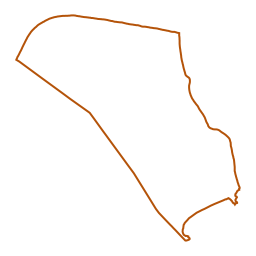 Qishn, Al Mahrah, Yemen
{"feature_id": "15242507B46563890594581", "entity_name": "Qishn", "entity_type": "district", "adm_level": 2, "iso_a3": "YEM", "parent_name": "Yemen", "parent_adm1": "Al Mahrah", "projection": "equal_earth", "projection_center": [51.542, 15.673], "detail": "fine", "context": "isolated", "style": "outline", "palette": "amber", "viewbox_px": 256, "rotation_deg": 0, "n_neighbors": 0, "source": "geoboundaries", "source_scale": "gbopen_adm2", "svg_char_len": 5633}
<svg xmlns="http://www.w3.org/2000/svg" viewBox="0 0 256 256"><path d="M16.3,59.8L19.2,61.5L41.5,77.9L62.2,93.0L69.9,98.7L87.9,111.5L89.7,112.8L94.1,118.8L103.2,131.4L106.3,135.6L110.3,141.1L128.5,166.0L133.8,173.2L147.7,195.6L155.9,208.9L158.9,212.9L165.9,220.3L170.9,225.5L171.1,225.6L173.6,228.3L175.3,230.0L180.0,235.0L182.4,237.5L185.3,240.5L186.0,240.6L186.9,240.4L187.8,240.1L188.7,239.8L189.4,239.3L189.7,238.9L189.4,238.0L188.3,237.3L188.3,236.4L187.5,236.1L186.6,235.9L185.7,236.0L184.4,235.2L183.7,234.7L183.1,233.4L182.8,232.5L182.6,231.7L182.7,230.6L182.7,229.9L182.8,229.3L183.2,228.5L183.4,226.8L183.7,224.8L184.2,224.1L184.6,223.2L185.5,222.1L187.3,220.2L189.0,218.2L190.6,217.1L193.9,214.7L196.7,212.7L199.5,211.3L202.0,210.0L204.5,208.9L208.2,207.0L210.9,205.6L214.7,203.9L223.4,200.3L225.5,199.3L226.3,199.3L227.4,198.7L228.4,198.5L228.5,198.2L228.8,198.3L229.0,198.5L229.3,198.8L229.7,198.9L230.3,199.5L230.8,199.8L231.2,200.5L231.5,200.7L231.9,201.0L232.3,201.6L232.4,202.0L232.7,202.5L233.4,203.2L233.8,203.1L234.2,203.4L234.5,203.8L234.9,204.5L235.4,203.7L235.5,203.4L236.5,203.2L236.9,203.1L237.1,203.0L237.1,202.5L236.7,201.9L236.2,201.7L235.9,201.4L235.6,201.0L235.4,199.9L236.3,198.2L236.5,197.9L236.9,197.4L236.7,196.7L236.0,196.4L235.6,196.0L235.3,195.8L235.3,194.7L235.6,193.7L235.9,193.6L236.3,192.9L236.5,192.6L236.8,192.1L237.0,191.4L237.4,191.0L237.6,190.8L238.0,190.6L238.2,190.4L238.4,190.1L238.8,190.0L239.3,189.8L239.2,189.3L239.1,188.6L239.7,188.0L239.6,187.5L239.3,186.6L238.8,185.6L238.4,184.5L238.2,183.6L237.8,182.7L237.5,181.7L237.3,180.7L237.0,179.8L236.7,178.9L236.4,177.7L236.1,176.8L235.9,175.9L235.4,174.1L235.2,173.1L235.0,172.0L234.7,171.1L234.7,170.1L234.7,169.0L234.7,167.9L234.7,167.0L234.6,166.0L234.5,165.0L234.4,164.0L234.3,162.9L234.2,161.9L234.1,160.9L234.0,160.0L233.8,159.0L233.4,157.9L233.3,156.9L233.0,155.9L232.7,154.9L232.1,152.1L232.0,151.1L231.8,149.8L231.6,148.9L231.4,147.9L231.1,146.9L230.8,145.9L230.8,144.9L230.7,143.9L230.7,142.9L230.4,141.9L230.1,140.9L229.9,140.0L229.6,139.1L229.1,138.3L228.5,137.6L227.8,136.9L227.2,136.3L226.6,135.8L225.9,135.1L225.2,134.6L224.6,134.1L223.8,133.6L223.1,133.1L222.3,132.7L221.6,132.1L220.9,131.7L220.3,131.2L219.6,130.6L218.8,130.1L218.1,129.8L217.0,129.5L216.3,129.4L215.5,129.4L214.8,129.4L213.9,129.3L213.0,129.2L212.3,128.9L211.6,128.6L210.9,128.4L210.2,128.0L209.5,127.6L208.9,126.9L208.3,126.1L208.0,125.1L207.7,124.2L207.2,123.4L206.7,122.5L206.2,121.5L205.9,120.5L205.5,119.5L205.2,118.6L204.8,117.6L204.4,116.8L203.9,116.0L203.4,115.1L202.9,114.2L202.4,113.6L202.2,113.3L201.8,112.7L201.2,111.9L200.6,111.0L200.0,110.2L199.5,109.4L199.0,108.6L198.5,107.5L198.0,106.6L197.6,105.9L196.9,105.1L196.3,104.4L195.7,103.6L195.2,102.9L194.6,102.1L194.0,101.4L193.5,100.5L193.0,99.7L192.4,98.9L191.9,98.0L191.5,97.1L191.1,96.1L190.7,95.3L190.4,94.2L190.0,93.1L189.7,92.0L189.5,90.9L189.3,89.9L189.2,88.8L189.1,87.8L189.1,86.8L189.1,85.7L189.3,84.8L189.5,83.9L189.8,82.8L189.9,81.7L189.9,80.7L189.8,79.4L189.4,78.4L188.9,77.7L188.2,77.2L187.4,76.7L186.7,76.1L186.0,75.5L185.5,74.7L185.2,73.6L185.0,72.7L184.7,71.7L184.4,70.8L184.2,69.9L183.9,69.0L183.6,67.9L183.4,67.0L183.2,66.0L183.0,64.9L182.7,64.0L182.5,63.0L182.2,61.8L181.9,60.7L181.7,59.7L181.5,58.5L181.3,57.5L181.2,56.4L181.1,55.3L180.9,54.2L180.8,53.2L180.6,52.1L180.4,50.8L180.3,49.8L180.1,48.6L179.9,47.2L179.8,46.2L179.7,45.0L179.6,43.8L179.6,42.6L179.6,41.5L179.6,40.3L179.5,39.3L179.5,38.2L179.4,36.8L179.2,35.8L179.2,34.7L179.2,33.6L179.2,33.1L178.2,32.9L177.1,32.7L176.4,32.4L175.6,32.2L174.7,31.9L173.9,31.9L173.1,31.9L172.2,31.8L171.3,31.7L170.2,31.4L168.9,31.0L168.1,30.8L167.2,30.7L166.3,30.5L165.4,30.3L164.3,30.1L163.3,29.9L162.4,29.8L161.4,29.5L160.7,29.4L159.8,29.1L159.0,29.0L158.0,28.7L157.2,28.5L156.5,28.4L155.6,28.3L154.8,28.2L154.0,28.2L153.1,28.0L151.8,27.8L150.9,27.7L150.0,27.6L149.0,27.3L147.5,27.1L146.6,26.9L145.8,26.8L145.1,26.7L144.2,26.7L143.3,26.7L142.4,26.6L141.5,26.4L140.7,26.1L140.0,25.8L139.2,25.6L138.3,25.3L137.5,25.2L136.4,25.2L134.6,24.9L133.7,24.8L133.0,24.6L131.9,24.5L130.9,24.4L129.6,24.2L128.9,24.1L127.9,23.8L126.9,23.7L126.1,23.5L125.3,23.3L124.4,23.1L123.7,22.9L122.9,22.7L121.9,22.4L121.0,22.4L120.0,22.3L119.6,22.3L119.0,22.2L118.0,22.1L117.0,22.0L116.2,21.8L115.4,21.8L114.5,21.7L113.9,21.5L113.5,21.4L112.1,21.0L111.3,21.0L110.5,20.8L109.7,20.6L108.8,20.4L107.8,20.1L106.9,19.9L106.1,19.8L105.2,19.6L104.4,19.5L103.5,19.4L102.7,19.3L101.9,19.3L100.9,19.1L100.0,19.1L99.0,19.0L98.2,19.0L97.3,18.8L96.3,18.6L95.4,18.5L94.2,18.3L93.2,18.1L92.3,18.0L91.2,18.0L90.3,17.7L89.2,17.7L88.4,17.5L87.4,17.4L86.5,17.3L86.1,17.2L85.7,17.2L84.4,17.1L83.5,17.0L82.5,16.8L81.6,16.7L80.8,16.5L80.0,16.4L79.2,16.2L78.4,16.2L77.5,16.0L76.6,15.9L75.6,15.6L74.8,15.5L73.6,15.4L72.7,15.4L71.7,15.4L70.6,15.5L70.0,15.6L69.3,15.7L68.5,15.7L67.5,15.8L65.6,15.8L64.2,15.9L62.6,15.9L61.8,16.0L60.9,16.1L60.2,16.2L59.3,16.3L58.6,16.4L57.6,16.5L56.5,16.8L55.7,16.9L54.9,17.1L54.1,17.2L53.4,17.5L52.5,17.7L51.6,18.0L50.7,18.3L49.7,18.6L48.6,19.1L47.7,19.6L46.6,20.1L45.8,20.5L44.7,21.1L43.9,21.7L43.0,22.0L42.3,22.5L41.5,22.9L40.7,23.4L40.0,23.8L39.3,24.2L38.4,24.8L37.6,25.4L36.8,26.2L36.1,26.9L35.3,27.5L34.6,28.1L34.0,28.7L33.9,28.9L33.3,29.4L33.0,29.7L32.4,30.3L31.1,31.8L30.5,32.6L30.0,33.5L29.4,34.2L28.9,35.0L28.4,35.8L27.8,36.7L27.3,37.5L26.9,38.4L26.5,39.2L26.0,40.0L25.6,40.9L25.1,41.8L24.6,42.9L24.2,43.7L23.7,44.6L23.3,45.5L22.8,46.5L22.3,47.5L21.9,48.5L21.4,49.5L21.0,50.4L20.5,51.3L20.0,52.2L19.5,53.3L19.0,54.3L18.5,55.3L18.0,56.2L17.5,56.9L17.2,57.8L16.7,58.8L16.3,59.8Z" fill="none" stroke="#b45309" stroke-width="2"/></svg>